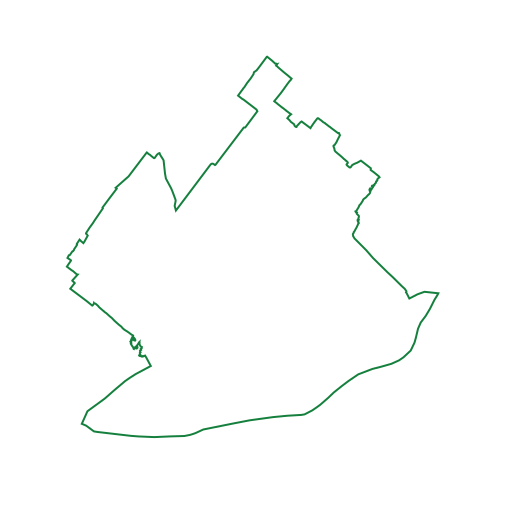 Gogosu, Mehedinti, Romania, rotated 279°
{"feature_id": "2599482B64011010556903", "entity_name": "Gogosu", "entity_type": "district", "adm_level": 2, "iso_a3": "ROU", "parent_name": "Romania", "parent_adm1": "Mehedinti", "projection": "orthographic", "projection_center": [22.618, 44.365], "detail": "fine", "context": "isolated", "style": "outline", "palette": "green", "viewbox_px": 512, "rotation_deg": 279, "n_neighbors": 0, "source": "geoboundaries", "source_scale": "gbopen_adm2", "svg_char_len": 6042}
<svg xmlns="http://www.w3.org/2000/svg" viewBox="0 0 512 512"><g transform="rotate(279 256 256)"><path d="M389.2,320.3L388.9,320.0L388.8,319.7L389.5,319.2L390.3,318.9L390.5,318.6L390.3,317.6L394.0,310.6L395.1,308.7L395.3,308.1L396.8,305.4L397.1,305.0L397.3,304.3L398.1,303.2L398.6,301.6L400.1,299.2L400.9,297.5L401.3,296.9L401.8,295.8L401.8,295.5L401.4,295.0L397.0,292.6L392.2,290.3L390.8,289.8L394.1,283.6L394.2,283.3L394.6,282.6L396.0,280.0L395.1,279.0L390.8,276.1L390.4,275.9L389.9,275.9L389.7,275.7L389.7,275.4L390.0,274.6L390.8,273.6L392.0,273.1L393.4,270.5L393.9,269.5L395.5,267.7L397.0,265.4L399.5,266.8L401.5,268.5L402.0,267.4L403.3,264.9L403.6,264.5L403.9,263.6L404.4,262.9L404.8,262.4L405.3,261.2L406.0,260.2L406.5,259.0L409.7,253.3L410.1,252.8L411.4,250.3L411.7,249.8L420.7,255.0L425.1,257.3L427.2,258.3L430.8,260.1L433.8,261.7L435.7,263.0L436.8,263.4L437.2,262.6L439.3,259.2L441.7,255.0L445.7,248.5L446.9,246.8L447.2,246.1L448.7,246.8L448.6,246.6L448.7,246.3L449.2,245.7L449.2,245.4L449.0,244.9L451.3,241.5L454.6,235.8L454.4,235.5L441.8,228.9L439.9,227.8L439.6,227.7L437.1,225.2L435.2,225.1L430.6,223.0L425.4,220.1L420.9,218.1L419.7,217.3L417.9,216.5L417.5,216.2L411.6,213.2L408.8,218.2L408.7,218.9L400.8,233.4L400.1,234.1L399.8,234.2L399.2,234.7L381.3,225.3L380.9,223.8L339.7,201.7L339.4,201.3L340.3,199.5L340.4,198.2L339.7,197.2L339.4,196.9L297.4,174.6L288.4,169.8L292.8,167.8L297.0,168.0L298.1,168.0L299.0,167.7L307.2,163.1L309.7,161.5L318.4,154.9L323.3,153.2L335.9,149.8L337.1,148.9L338.1,148.0L340.7,145.7L342.5,144.6L342.0,143.6L341.0,142.7L340.1,142.1L337.0,140.6L336.8,140.3L336.7,140.1L336.8,139.7L338.4,136.9L339.4,135.4L339.8,134.2L340.4,133.2L341.0,132.5L341.2,131.9L314.7,117.7L301.4,106.7L300.7,107.9L289.5,101.9L279.8,96.8L279.1,97.3L265.4,90.8L263.0,89.8L258.2,87.3L253.0,85.0L252.0,84.6L251.5,84.6L250.9,85.6L249.8,86.6L243.9,84.5L241.7,83.5L243.4,80.7L243.7,80.4L244.6,79.2L240.1,77.2L239.7,77.1L239.3,77.5L238.7,77.4L234.2,75.3L233.6,75.3L232.2,74.6L232.1,74.2L231.6,73.8L227.9,72.0L227.6,71.6L227.4,71.0L224.6,70.1L222.9,73.8L222.6,74.0L221.0,73.3L218.2,71.9L215.9,70.9L213.1,76.1L212.4,77.8L210.1,81.4L209.8,82.3L209.8,82.8L203.2,78.5L202.9,78.4L202.7,78.6L201.3,80.8L200.9,81.2L198.8,80.0L194.6,77.7L185.1,95.6L181.4,102.0L181.7,102.4L183.2,103.2L184.2,103.3L183.9,103.6L183.9,104.5L183.5,105.5L182.1,107.7L180.7,109.3L176.8,115.6L176.0,117.3L173.6,120.9L172.3,123.2L169.9,126.3L166.5,131.6L165.2,134.0L163.6,135.8L163.6,136.0L162.6,137.5L161.4,140.4L161.0,141.2L160.5,142.3L159.3,144.5L158.3,146.7L158.3,147.0L158.2,147.1L157.0,146.7L156.9,146.8L156.9,147.2L156.2,148.2L155.3,149.2L154.5,149.8L154.0,150.0L153.6,149.9L153.5,149.2L153.7,148.6L154.5,147.9L155.4,146.6L155.4,146.2L153.7,145.8L153.4,146.1L152.9,146.5L152.0,145.9L152.2,145.5L151.8,145.3L151.2,145.9L151.0,146.3L150.5,146.5L150.1,146.0L149.9,146.0L147.9,147.6L146.4,149.1L145.1,149.7L145.0,150.0L145.6,150.2L146.2,150.2L147.3,151.1L146.9,151.6L146.3,151.5L146.1,151.9L146.1,152.2L145.9,152.3L146.0,152.7L146.9,153.3L147.5,153.1L147.6,152.9L148.1,152.8L148.3,152.4L148.8,152.3L149.7,152.9L152.4,154.0L152.8,154.3L152.4,154.3L152.1,154.6L151.6,154.6L151.6,154.2L151.4,154.1L148.8,156.1L148.4,156.8L147.8,157.2L147.9,157.5L147.0,157.5L146.8,157.5L146.2,156.7L145.2,157.2L144.6,156.4L144.2,156.2L143.2,156.7L143.1,156.8L143.0,156.6L142.5,156.6L142.2,156.4L141.4,156.6L140.5,157.2L140.0,156.3L139.6,156.1L139.1,156.5L139.0,157.3L139.5,157.8L139.2,158.2L139.1,158.5L138.8,158.8L138.8,159.1L139.1,159.1L139.2,158.9L139.3,159.5L139.6,160.0L139.3,160.6L140.3,162.0L138.4,163.6L130.9,169.3L120.7,155.8L115.9,150.4L112.1,146.4L101.7,137.4L91.6,129.0L76.3,113.8L63.0,110.2L61.9,114.7L57.4,123.4L57.4,127.0L58.8,160.8L59.4,168.1L61.2,183.8L64.5,200.0L67.0,213.4L68.9,218.6L70.2,221.3L71.6,223.9L76.4,231.1L86.9,259.4L92.7,275.4L99.5,297.9L103.1,311.8L106.2,325.9L107.2,328.8L112.3,335.7L115.9,339.5L118.9,342.5L127.1,349.4L133.4,354.2L141.2,361.3L146.9,366.8L155.1,375.5L162.6,388.5L166.2,396.9L170.7,406.6L175.3,413.6L179.0,417.5L186.8,423.6L195.2,426.1L200.3,426.7L209.5,427.4L216.0,429.1L223.4,433.0L231.1,436.1L240.6,439.1L246.1,441.4L247.7,441.9L247.0,428.0L243.5,421.6L238.0,414.1L243.4,410.2L243.5,409.9L244.7,410.1L244.8,410.0L246.9,408.0L249.0,404.8L256.7,394.1L260.5,388.4L272.3,371.9L279.0,363.9L288.8,350.5L290.9,348.8L291.4,348.7L292.4,348.3L293.0,348.3L294.3,348.9L294.8,348.8L296.1,349.5L298.5,350.3L299.4,350.7L302.8,351.7L303.6,351.8L304.6,352.4L305.0,352.2L305.7,351.4L306.2,351.1L306.8,351.0L306.8,350.9L307.0,350.8L307.6,350.7L307.8,350.9L308.0,351.2L307.8,351.3L307.6,351.7L308.0,351.7L308.1,351.8L309.1,351.2L310.5,351.5L311.0,351.5L311.8,351.2L313.4,349.0L313.9,348.7L314.3,348.8L314.5,348.6L314.8,348.8L315.1,347.9L315.1,347.6L315.6,347.3L315.8,347.7L316.8,348.3L319.7,349.5L321.2,350.0L322.1,350.1L322.5,350.3L323.3,351.1L323.9,351.2L324.6,351.7L325.3,351.9L327.0,352.7L328.6,353.1L329.7,354.0L330.9,355.3L334.0,357.3L334.7,358.0L336.0,358.7L337.8,358.9L338.3,358.4L338.2,358.1L338.6,357.9L338.9,357.8L339.1,358.0L339.5,357.8L339.7,358.0L340.0,357.9L340.7,358.2L340.7,358.4L340.1,359.1L339.7,359.0L339.6,358.7L339.9,358.3L339.3,358.7L339.1,358.9L339.4,359.5L341.2,360.1L341.9,360.6L342.9,360.9L342.6,360.2L343.0,359.5L343.3,359.5L343.6,359.7L343.6,360.2L343.7,360.4L343.9,360.5L344.4,361.0L344.1,361.0L343.9,361.3L344.0,361.5L344.4,361.8L346.0,362.1L346.4,362.6L347.2,363.0L347.9,362.9L348.6,363.1L349.3,363.9L349.9,364.0L350.5,363.8L351.1,364.0L351.8,364.5L353.1,365.7L353.9,364.9L357.4,358.8L358.9,355.8L360.6,355.7L366.6,344.7L364.0,341.4L362.3,338.6L361.5,337.6L360.6,336.6L358.9,335.9L358.3,335.4L358.1,335.1L358.1,334.5L359.7,331.8L360.2,331.3L360.6,331.1L362.3,332.1L362.6,332.1L363.1,331.7L364.1,330.3L364.3,329.6L364.7,329.3L365.5,328.0L365.6,327.5L366.1,327.0L368.1,323.9L369.9,320.9L370.2,320.3L370.8,319.5L371.4,318.3L372.5,317.2L374.6,316.5L374.9,316.2L376.4,315.4L376.6,315.5L377.0,315.3L377.3,315.4L378.0,316.3L378.4,316.5L381.4,317.8L383.9,318.5L389.2,320.3Z" fill="none" stroke="#15803d" stroke-width="2"/></g></svg>